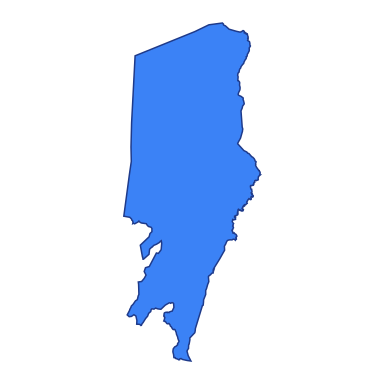 outline of Asuogyaman, Eastern, Ghana
{"feature_id": "2480657B37277876999120", "entity_name": "Asuogyaman", "entity_type": "district", "adm_level": 2, "iso_a3": "GHA", "parent_name": "Ghana", "parent_adm1": "Eastern", "projection": "equal_earth", "projection_center": [0.144, 6.363], "detail": "fine", "context": "isolated", "style": "filled", "palette": "blue", "viewbox_px": 384, "rotation_deg": 0, "n_neighbors": 0, "source": "geoboundaries", "source_scale": "gbopen_adm2", "svg_char_len": 6035}
<svg xmlns="http://www.w3.org/2000/svg" viewBox="0 0 384 384"><path d="M256.1,161.8L255.8,161.4L255.1,161.0L254.7,159.6L254.1,158.6L252.6,157.1L251.8,156.8L248.9,153.5L247.7,153.2L246.8,152.0L243.9,150.6L237.7,143.8L238.0,142.7L240.5,138.2L242.5,131.1L242.6,129.5L242.8,129.1L242.2,127.0L241.0,110.9L242.2,108.1L242.6,106.1L244.1,104.1L244.2,103.5L243.5,100.5L243.1,99.7L243.2,98.4L243.1,97.9L242.7,97.5L242.0,97.2L241.5,96.6L238.6,95.2L238.2,94.7L238.2,94.0L238.7,92.4L239.9,89.9L240.1,87.9L240.0,86.9L239.5,85.1L239.7,82.8L239.5,82.0L238.5,80.7L237.8,80.6L238.1,76.9L238.0,76.3L237.6,75.2L237.8,74.6L237.8,74.0L238.2,72.9L239.0,72.2L239.5,69.7L239.8,69.0L240.8,67.8L240.9,66.8L242.7,64.4L243.5,63.7L243.6,63.3L243.8,63.1L244.0,62.1L245.2,59.8L246.1,58.7L246.4,57.5L246.2,56.8L246.8,56.5L247.1,56.1L247.4,54.1L248.4,52.7L248.6,51.8L249.1,51.2L249.3,50.2L249.2,48.0L250.4,46.1L250.4,45.8L249.9,45.0L249.9,43.6L249.6,42.0L249.3,41.5L247.6,40.5L248.2,38.9L248.2,38.7L247.7,38.4L247.8,37.9L248.1,37.6L248.2,37.1L247.6,35.5L247.3,33.9L246.3,34.1L246.1,33.1L245.3,32.7L245.0,33.0L244.7,32.5L244.3,32.6L244.4,31.5L243.9,31.2L243.6,30.7L243.0,30.6L241.6,31.6L241.2,31.6L240.8,32.0L240.0,32.1L236.4,31.3L229.1,29.2L225.5,25.9L223.9,25.2L223.4,24.7L223.4,24.0L222.4,23.0L208.9,24.8L194.8,31.6L135.1,55.8L131.6,122.9L131.0,147.0L131.3,161.4L129.4,174.5L123.8,216.2L129.8,217.3L131.5,219.0L131.8,220.1L132.6,220.8L133.0,222.3L132.8,223.4L133.2,223.1L134.2,223.7L134.7,223.8L138.3,221.8L138.9,221.1L139.2,221.6L140.6,222.6L141.5,223.0L146.3,223.7L147.4,225.5L148.5,226.5L151.0,227.2L151.9,228.4L151.9,231.7L150.0,233.5L149.1,236.8L140.3,245.2L142.4,256.6L142.6,256.8L142.6,257.5L142.9,257.9L142.9,259.1L143.5,259.2L149.0,254.3L149.6,249.2L151.8,247.1L152.1,247.1L152.4,246.9L153.4,245.7L153.9,245.3L156.8,244.1L157.6,243.5L158.8,242.9L159.9,242.0L160.5,241.1L161.1,241.1L161.3,240.9L161.7,243.2L161.2,249.4L160.8,250.2L158.4,253.4L156.4,253.0L149.3,266.5L145.5,267.7L144.2,271.5L146.0,275.1L144.2,278.4L141.6,281.5L138.3,282.0L138.6,284.5L138.9,294.4L138.2,295.9L137.4,299.3L137.0,299.9L135.5,300.8L133.1,304.3L131.3,306.1L130.9,307.4L129.8,309.4L129.6,310.3L127.2,314.9L129.2,316.7L131.5,316.4L133.9,314.7L135.9,316.0L136.9,320.5L136.7,324.2L139.2,324.3L140.1,324.6L140.9,325.5L141.4,325.3L142.2,323.5L143.0,322.7L145.6,318.5L147.6,316.2L148.5,313.7L148.9,313.1L150.7,311.6L151.2,309.5L151.5,309.1L152.2,308.9L154.0,309.1L155.6,308.1L157.9,308.9L160.9,309.3L165.3,305.1L169.3,302.8L170.0,302.9L170.6,303.3L172.0,302.6L173.1,303.0L173.6,303.6L173.9,307.4L172.2,311.1L170.9,311.4L169.6,311.9L169.0,312.6L167.9,312.1L167.3,312.6L166.7,312.2L165.4,312.4L164.7,312.7L164.2,313.2L163.8,316.1L164.4,316.3L164.5,317.4L164.8,317.6L164.8,317.9L164.6,318.3L164.4,319.3L163.8,321.0L164.4,321.1L164.8,321.5L165.4,321.5L166.8,323.5L168.0,323.9L168.5,323.5L169.0,323.5L169.9,324.6L170.4,326.1L171.3,326.8L172.0,328.1L172.8,329.2L173.3,329.6L174.5,329.4L175.0,329.7L176.2,332.5L176.5,334.3L177.6,336.9L177.9,338.4L178.5,340.2L179.0,341.0L178.8,341.9L177.6,343.6L177.5,344.3L177.7,344.7L177.5,345.0L176.2,346.1L174.7,346.9L173.3,348.7L173.0,350.3L172.9,351.9L173.6,354.7L173.9,357.6L174.6,357.8L175.2,357.6L175.4,357.8L175.7,358.5L177.7,359.1L178.7,359.8L179.6,359.7L179.8,358.9L181.0,358.5L182.3,359.4L183.6,359.7L187.2,360.5L190.9,361.0L188.2,355.7L187.0,351.1L187.8,349.4L188.5,348.6L188.6,345.5L188.8,344.4L189.1,344.2L189.9,339.8L189.8,338.0L194.8,332.7L195.2,330.9L195.4,328.5L202.4,305.6L203.0,305.4L203.2,305.1L203.5,302.1L203.6,299.8L205.7,294.5L205.7,290.4L206.5,288.7L207.7,284.4L208.8,281.7L208.4,276.6L208.9,275.8L209.5,275.6L209.9,275.1L210.5,274.8L210.6,274.5L211.1,274.1L211.9,273.2L212.6,273.0L213.2,272.9L213.1,271.2L213.2,270.7L213.4,270.7L213.3,270.4L213.7,270.1L213.5,269.9L214.0,269.6L213.9,269.2L214.1,268.9L213.8,268.8L214.0,268.6L213.9,268.3L219.7,258.9L224.6,250.2L224.4,246.2L225.8,243.8L226.2,242.6L226.9,241.2L227.5,240.5L228.4,240.1L230.0,239.8L232.0,239.9L233.2,239.2L233.8,239.2L234.8,239.5L234.9,239.8L235.2,239.9L235.2,240.1L235.3,240.2L235.6,239.4L235.9,239.6L236.4,239.2L236.3,238.7L236.3,238.2L235.9,237.4L236.4,237.0L236.5,236.1L236.8,236.1L236.7,235.5L236.0,234.4L235.0,233.9L234.1,232.8L233.4,233.2L233.0,233.1L232.5,231.1L232.0,230.8L232.0,230.1L232.7,229.6L233.0,228.4L233.5,227.8L233.0,226.6L233.0,226.2L232.7,226.0L232.8,225.8L233.1,225.7L233.0,224.8L233.6,223.5L232.8,222.7L232.2,221.6L232.6,220.3L232.6,219.7L232.8,219.4L233.4,219.9L235.5,219.4L235.3,218.6L235.6,218.1L235.6,216.8L235.3,216.7L234.6,217.1L234.6,216.2L235.3,215.8L235.8,215.7L236.2,215.3L237.5,215.0L237.7,214.7L237.9,214.2L237.5,214.0L237.4,213.4L238.0,213.0L237.9,212.4L237.5,212.1L238.1,211.1L237.9,210.4L238.2,209.4L238.6,209.2L239.0,209.8L239.5,210.2L240.0,209.9L240.2,210.4L240.6,210.4L241.3,211.0L241.9,210.7L242.4,211.0L243.0,210.8L243.3,210.1L243.4,209.5L243.0,209.2L243.0,210.1L242.7,210.2L242.4,209.5L242.7,209.3L242.8,209.1L242.1,208.5L242.1,208.2L242.6,207.9L242.8,206.9L243.7,205.4L243.9,205.3L244.0,205.5L243.5,206.6L244.6,205.9L244.9,205.4L244.9,204.6L245.8,204.6L246.6,203.7L247.2,203.4L246.7,202.2L247.1,201.8L247.0,201.3L247.7,200.6L248.0,199.7L248.6,199.2L248.9,198.6L249.3,198.7L250.2,199.6L250.8,199.6L251.3,199.1L251.2,198.5L250.9,197.3L251.3,196.4L251.5,196.4L252.3,197.0L252.7,197.1L253.2,196.4L253.3,195.9L253.1,195.5L251.7,194.3L251.7,193.9L252.1,194.1L252.3,193.9L252.0,193.4L251.5,193.5L251.2,193.1L251.2,192.8L251.5,192.8L251.8,192.5L252.0,191.3L251.7,190.1L251.7,189.3L251.1,189.2L250.7,188.3L250.4,186.4L250.5,185.8L250.6,185.6L251.2,185.8L252.4,185.1L252.7,185.4L253.4,185.2L253.8,184.4L253.6,183.4L253.9,183.1L254.0,182.6L254.4,182.7L254.8,182.2L254.7,181.0L254.8,180.7L255.7,180.3L256.3,180.6L257.3,180.1L257.8,180.1L258.2,179.8L258.3,179.6L258.1,179.0L258.2,178.2L258.5,176.5L260.2,175.0L259.9,175.0L259.8,174.8L259.8,174.1L260.1,173.7L260.1,172.2L259.4,171.2L259.3,170.6L258.9,170.6L256.5,167.2L255.6,165.4L255.6,164.9L255.8,164.6L255.6,163.6L256.1,161.8Z" fill="#3b82f6" stroke="#1e3a8a" stroke-width="1.5"/></svg>